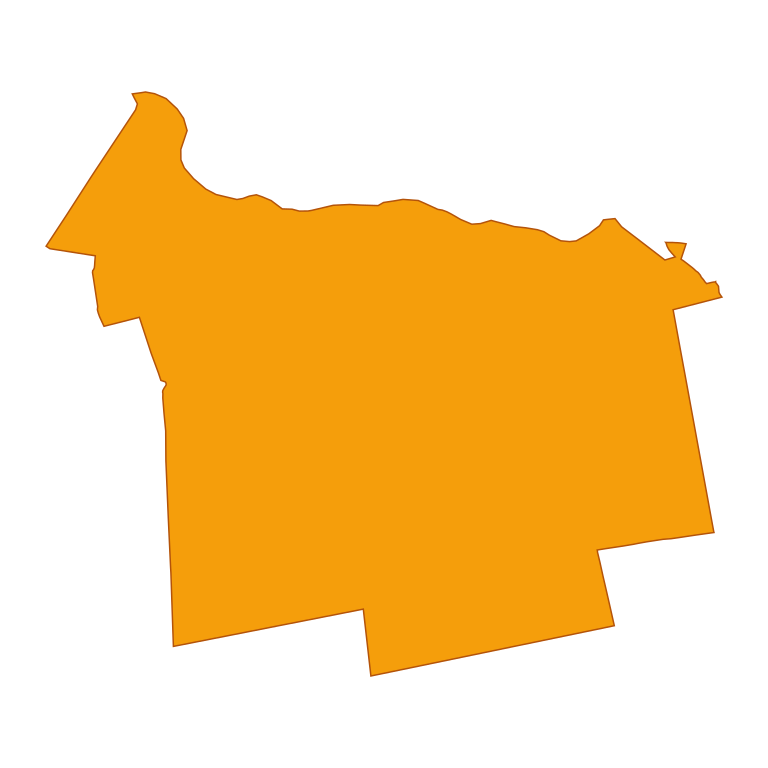 outline of Felnac, Arad, Romania
{"feature_id": "2599482B41938678080549", "entity_name": "Felnac", "entity_type": "district", "adm_level": 2, "iso_a3": "ROU", "parent_name": "Romania", "parent_adm1": "Arad", "projection": "natural_earth1", "projection_center": [21.145, 46.113], "detail": "fine", "context": "isolated", "style": "filled", "palette": "amber", "viewbox_px": 768, "rotation_deg": 0, "n_neighbors": 0, "source": "geoboundaries", "source_scale": "gbopen_adm2", "svg_char_len": 2269}
<svg xmlns="http://www.w3.org/2000/svg" viewBox="0 0 768 768"><path d="M714.0,532.5L713.7,531.4L711.5,519.5L687.5,388.3L680.3,349.2L673.1,309.7L721.9,297.1L719.9,294.3L719.0,292.4L718.5,286.3L717.1,284.3L715.6,282.4L715.6,281.6L714.8,282.0L713.9,282.0L711.7,282.4L709.6,282.9L706.6,283.6L704.8,281.7L704.1,280.6L703.4,279.6L702.0,278.0L700.7,276.3L700.6,275.6L700.0,274.8L698.1,272.5L695.5,270.6L694.7,269.7L692.5,267.8L689.8,265.7L687.1,263.6L685.4,262.3L683.7,261.0L681.0,259.2L686.1,243.8L685.5,243.7L683.4,243.4L682.1,243.2L679.7,242.9L678.3,242.8L677.1,242.7L676.1,242.7L672.7,242.5L669.2,242.5L668.8,242.5L665.8,242.4L665.9,242.5L667.1,246.3L668.9,249.7L671.9,253.3L675.2,256.9L673.7,257.4L664.9,260.0L643.3,243.4L621.6,226.8L615.0,218.6L606.5,219.5L603.4,219.9L603.1,220.5L601.5,222.8L599.6,225.7L588.8,233.8L576.2,240.9L569.6,241.6L560.8,240.8L549.4,235.2L543.9,231.7L537.4,229.7L525.7,227.8L514.2,226.6L509.5,225.3L504.9,224.0L496.3,221.8L493.7,221.1L491.1,220.4L480.4,223.6L471.8,224.2L460.7,219.5L451.0,213.9L446.9,211.8L442.3,210.1L437.9,209.4L424.4,203.2L418.2,200.5L403.0,199.4L394.7,200.8L383.5,202.5L378.1,205.6L360.9,205.1L349.6,204.5L333.2,205.3L311.6,210.4L308.0,211.0L299.3,211.1L292.1,209.2L282.2,208.9L271.2,200.6L262.4,196.9L256.4,194.8L249.3,196.1L242.8,198.5L236.9,199.5L216.0,194.5L205.8,189.1L193.6,178.7L184.3,168.0L180.9,159.9L180.8,149.4L184.7,137.8L187.1,130.6L183.6,118.4L177.2,109.0L166.1,98.6L154.6,93.7L145.5,92.0L141.2,92.7L132.3,93.9L134.2,97.8L137.4,103.9L135.6,109.8L95.8,169.8L90.5,177.9L67.0,214.4L46.1,246.2L49.9,248.7L95.3,255.8L94.8,262.0L94.6,265.4L94.3,268.0L93.5,269.7L92.7,270.7L92.5,272.6L93.6,279.4L97.7,306.5L97.4,309.8L98.3,313.2L99.6,316.8L104.0,326.3L139.4,317.3L151.1,353.1L158.4,372.9L160.9,380.4L162.4,380.9L165.1,381.8L165.7,382.3L166.2,384.0L166.0,385.3L164.3,387.8L162.8,390.6L162.6,392.1L162.9,393.6L162.8,398.0L164.0,413.2L165.7,430.9L165.9,460.9L168.3,518.1L170.6,567.6L170.9,572.7L173.4,646.4L363.3,609.1L370.9,676.0L372.7,675.6L614.3,625.7L609.7,605.3L606.2,590.0L603.0,576.2L600.0,562.6L597.5,552.2L597.4,550.8L597.2,550.0L605.9,548.6L623.3,546.0L633.4,544.3L638.4,543.3L646.8,541.8L663.1,539.3L671.1,538.7L678.1,537.7L694.8,535.2L714.0,532.5Z" fill="#f59e0b" stroke="#b45309" stroke-width="1.5"/></svg>